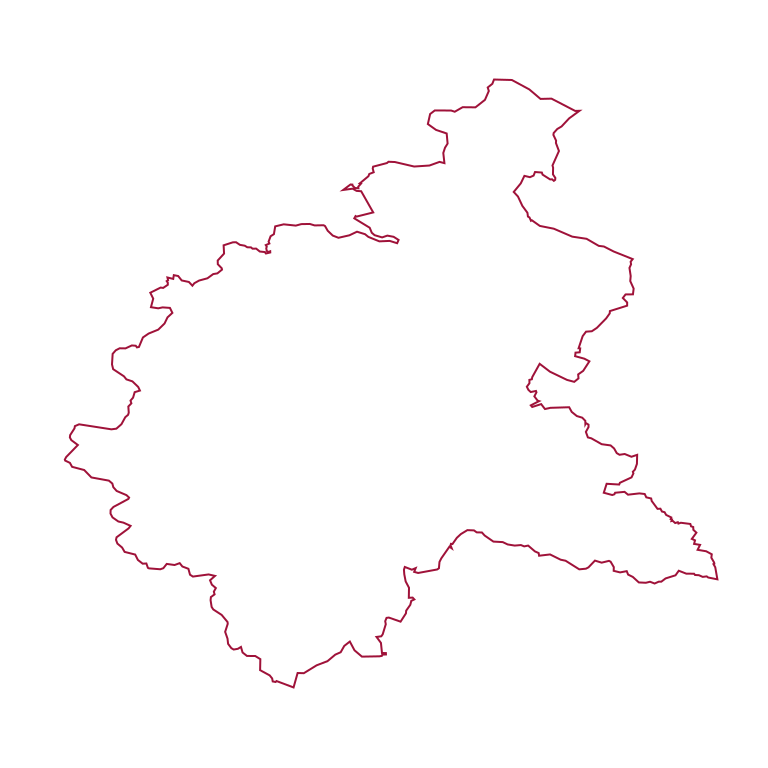 Dragu, Salaj, Romania (Robinson projection), rotated 177°
{"feature_id": "2599482B94978235506168", "entity_name": "Dragu", "entity_type": "district", "adm_level": 2, "iso_a3": "ROU", "parent_name": "Romania", "parent_adm1": "Salaj", "projection": "robinson", "projection_center": [23.405, 47.023], "detail": "fine", "context": "isolated", "style": "outline", "palette": "rose", "viewbox_px": 768, "rotation_deg": 177, "n_neighbors": 0, "source": "geoboundaries", "source_scale": "gbopen_adm2", "svg_char_len": 6129}
<svg xmlns="http://www.w3.org/2000/svg" viewBox="0 0 768 768"><g transform="rotate(177 384 384)"><path d="M264.9,674.7L264.0,671.1L268.3,662.5L278.2,655.5L291.0,656.3L299.1,652.2L302.7,653.6L319.0,654.5L323.8,651.2L326.6,641.3L318.7,635.0L308.3,630.9L307.9,620.8L310.7,616.8L312.7,611.6L312.1,601.4L316.9,602.9L327.2,599.8L342.5,599.6L361.5,605.1L367.9,605.7L369.5,604.5L383.5,601.6L384.0,599.7L383.2,596.0L387.7,594.5L388.7,592.3L397.7,585.6L396.6,585.2L399.4,582.4L399.3,580.8L402.8,581.3L405.5,584.4L404.3,584.7L407.0,585.0L414.6,579.9L405.1,580.7L401.3,578.3L396.7,577.7L385.8,555.9L402.7,552.6L403.6,553.2L405.0,551.0L390.1,540.8L388.3,535.7L385.6,533.1L378.2,530.5L372.9,532.0L366.7,530.5L361.9,527.1L363.5,523.9L370.8,526.6L381.2,526.7L391.9,531.7L395.1,534.6L403.0,537.5L410.8,534.3L421.8,532.4L427.4,534.9L432.2,540.0L434.6,544.8L436.0,545.7L445.0,546.0L449.7,547.7L458.2,548.0L463.8,546.8L475.8,548.7L484.4,547.1L486.1,539.4L489.5,537.5L491.8,532.2L491.1,530.3L494.8,528.9L493.9,527.3L494.5,525.6L494.1,523.0L492.7,521.9L490.7,522.5L490.7,521.3L495.1,520.5L496.1,522.0L501.1,522.8L504.6,525.9L508.2,526.0L509.7,527.4L513.4,527.7L515.8,529.4L520.6,530.5L524.3,533.3L527.5,533.4L536.9,530.9L536.9,522.6L543.6,516.0L543.7,512.3L540.0,508.1L539.8,506.7L544.6,503.2L548.8,502.7L554.8,498.8L563.2,497.0L568.1,494.6L570.2,492.2L573.5,496.1L580.6,498.0L583.9,502.6L588.2,503.7L589.0,500.0L594.7,501.7L594.2,498.9L595.6,498.1L594.6,496.5L594.7,494.4L599.5,491.5L602.0,492.0L612.6,487.4L610.0,481.3L612.7,472.9L605.5,471.4L601.1,472.1L593.8,471.2L591.6,466.1L596.7,461.9L600.0,455.9L606.6,450.1L616.4,446.7L622.3,443.1L626.8,433.8L628.8,433.5L629.9,435.2L633.8,435.7L640.3,433.1L646.1,433.5L650.1,431.7L653.4,428.3L654.6,417.8L653.7,413.0L643.3,405.3L641.0,402.1L635.1,399.8L629.6,393.9L628.1,390.2L633.4,388.9L635.3,383.5L638.0,380.7L637.3,377.9L640.5,374.9L640.4,368.7L641.2,366.6L644.1,364.4L648.3,357.6L653.6,353.4L658.6,353.0L690.6,359.7L694.9,358.1L695.4,355.9L700.1,349.4L700.5,347.1L699.2,344.3L692.9,339.1L705.2,327.7L706.7,325.2L706.4,324.2L701.8,321.7L699.8,317.6L687.9,313.8L681.1,306.0L663.8,301.9L660.5,298.8L659.7,295.1L656.6,291.2L647.0,286.5L644.5,283.9L645.3,282.6L660.6,275.4L663.6,272.5L663.9,268.9L662.1,265.0L656.5,260.6L651.5,259.2L644.5,255.6L646.6,253.2L659.1,244.9L659.8,242.4L658.6,238.6L654.1,234.4L651.8,229.9L641.4,226.7L639.0,221.2L634.4,217.2L630.7,217.2L629.4,212.8L628.4,212.2L617.1,210.7L614.0,211.6L610.4,215.7L602.6,214.2L597.4,215.8L594.9,212.3L589.0,209.7L587.7,203.7L584.9,201.7L569.1,203.0L562.8,201.2L568.0,197.1L566.4,192.6L562.6,189.0L564.8,185.5L564.2,182.8L568.0,180.3L568.5,177.2L567.8,170.4L566.3,167.8L558.2,161.9L552.7,154.5L552.6,152.7L555.6,144.8L553.6,137.9L553.3,132.7L550.3,128.2L548.0,126.7L543.8,127.2L540.6,128.9L539.3,123.3L535.1,119.6L526.8,119.1L521.9,115.7L522.7,104.7L513.4,99.0L511.1,95.8L510.7,92.8L507.8,92.1L506.9,93.0L490.2,85.7L485.4,99.9L479.2,99.4L466.0,106.6L454.9,110.2L446.8,116.3L441.3,118.4L437.4,124.5L431.6,128.6L427.4,119.6L420.3,112.9L402.8,112.3L400.4,112.6L399.9,113.8L396.2,113.8L396.2,115.2L400.1,115.5L400.6,125.6L404.7,131.8L399.9,132.2L398.4,134.1L394.8,144.0L395.2,147.1L393.7,150.3L391.4,150.5L379.9,145.8L374.1,153.8L373.7,156.5L369.3,162.1L368.1,166.0L365.0,167.3L366.6,169.2L370.4,169.2L369.7,179.2L372.7,185.7L373.7,192.9L373.8,197.5L372.8,200.2L365.9,197.1L362.0,198.5L363.7,194.8L359.8,193.5L340.6,196.0L338.8,197.1L337.9,203.4L335.9,206.9L327.2,218.1L325.0,216.4L326.0,219.5L325.5,220.9L324.0,220.6L319.3,226.6L315.1,230.1L308.4,233.7L301.8,233.1L299.2,231.0L294.0,230.6L291.4,227.4L283.0,220.9L273.7,219.9L268.9,217.3L261.9,215.8L255.7,216.0L252.5,214.5L248.5,215.1L242.0,208.9L238.4,207.1L238.1,204.4L227.1,205.1L216.8,199.3L211.9,198.0L198.7,188.7L192.0,189.0L189.4,190.2L182.6,196.6L176.0,194.2L168.6,195.6L167.0,194.7L164.1,189.1L164.4,185.4L158.1,183.5L151.4,184.4L150.2,180.9L145.6,178.3L139.9,172.5L132.9,171.8L128.7,172.6L124.2,170.6L120.0,172.2L117.4,172.1L113.0,175.1L102.9,177.7L99.4,182.1L92.1,178.8L84.3,178.3L83.4,177.0L79.6,176.6L75.8,174.7L71.8,175.0L70.4,173.8L61.3,171.5L62.8,183.7L64.4,186.9L63.5,187.3L63.7,188.5L66.2,193.4L65.6,196.8L71.0,200.1L79.5,202.0L76.8,206.8L82.7,208.1L81.6,211.6L84.7,213.2L79.8,219.2L82.7,222.2L82.7,225.0L84.8,225.8L85.4,228.2L94.8,229.9L97.3,229.2L97.8,230.6L100.5,229.9L102.9,232.3L104.1,232.1L103.5,233.7L104.8,234.1L104.1,235.7L109.1,238.5L110.5,241.3L113.1,242.1L114.5,245.0L117.4,245.0L122.8,253.2L123.2,255.7L128.0,257.1L129.4,260.5L134.7,261.4L146.1,260.7L149.4,263.7L158.9,263.3L159.7,261.8L161.9,261.2L170.2,263.9L166.9,272.7L154.4,271.3L153.6,273.0L141.7,277.8L139.6,281.7L140.1,283.3L137.9,285.4L135.6,291.0L134.9,300.0L140.7,298.4L147.3,301.5L152.5,301.0L155.2,302.8L157.6,307.6L160.9,310.8L169.8,312.5L179.8,318.9L183.2,320.0L184.9,325.6L182.0,330.3L181.9,332.7L184.4,334.4L185.0,333.4L184.9,336.7L187.8,340.0L193.1,341.9L198.0,346.3L200.3,351.1L219.0,351.5L224.6,350.6L228.1,355.7L237.2,353.3L238.5,355.0L230.0,358.8L231.5,359.4L234.5,363.8L232.2,367.7L232.6,369.1L237.9,368.3L240.1,370.6L241.5,373.8L238.7,377.2L238.6,380.5L236.1,381.0L235.6,383.1L227.5,396.0L217.6,387.6L201.0,378.5L193.9,376.2L189.5,379.4L189.6,383.4L184.4,386.7L177.7,395.9L182.6,398.8L191.7,401.8L191.1,405.3L186.9,405.4L186.2,409.3L187.8,409.5L183.1,421.4L179.5,425.7L173.7,425.8L168.5,428.9L158.7,437.9L154.9,442.7L154.6,445.0L137.1,449.5L136.9,452.7L141.0,457.4L138.1,460.8L130.7,460.5L129.7,466.2L132.7,473.9L132.0,478.9L132.8,487.1L131.0,490.6L131.3,493.2L129.1,495.7L147.7,504.3L157.2,509.8L162.3,510.7L174.1,518.4L188.3,521.3L206.3,530.2L220.1,533.7L227.8,539.8L228.7,539.3L230.0,542.7L231.5,543.7L231.8,547.5L236.5,554.6L240.4,564.2L244.4,569.0L236.9,577.2L232.9,584.5L227.4,582.9L223.7,584.3L222.1,587.8L215.3,586.9L214.7,584.8L207.4,579.6L205.4,579.6L203.8,578.0L202.4,578.9L202.1,580.8L204.3,584.5L203.8,591.2L204.3,593.4L197.1,607.5L199.7,615.7L199.4,618.0L201.8,623.9L201.4,625.8L197.6,629.6L193.2,631.9L185.2,639.6L174.5,646.6L178.8,646.7L201.8,660.2L212.8,660.5L223.5,670.6L240.4,680.9L258.2,682.3L260.1,678.1L264.9,674.7Z" fill="none" stroke="#9f1239" stroke-width="2"/></g></svg>